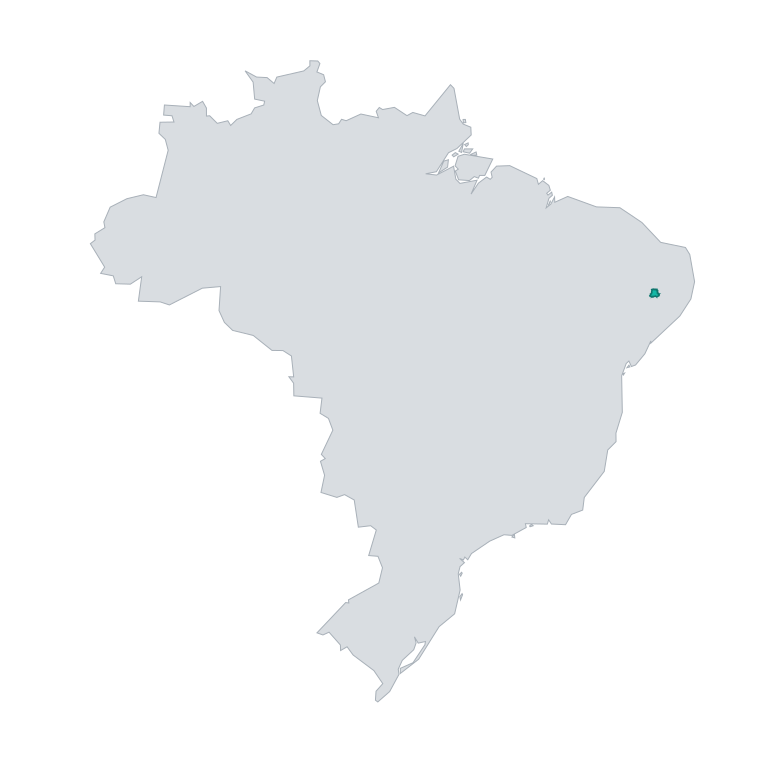 Sertânia, Pernambuco, Brazil shown in context, rotated 4°
{"feature_id": "56859067B10888923782063", "entity_name": "Sertânia", "entity_type": "district", "adm_level": 2, "iso_a3": "BRA", "parent_name": "Brazil", "parent_adm1": "Pernambuco", "projection": "mercator", "projection_center": [-37.338, -8.2], "detail": "fine", "context": "in_parent", "style": "filled", "palette": "teal", "viewbox_px": 768, "rotation_deg": 4, "n_neighbors": 0, "source": "geoboundaries", "source_scale": "gbopen_adm2", "svg_char_len": 5766}
<svg xmlns="http://www.w3.org/2000/svg" viewBox="0 0 768 768"><g transform="rotate(4 384 384)"><path d="M191.4,128.6L199.5,135.6L209.8,132.3L213.0,136.8L218.8,130.3L232.6,123.8L235.7,117.6L244.6,114.1L245.2,110.2L235.1,108.8L232.4,92.0L223.6,81.3L235.5,86.7L246.0,86.5L253.4,91.9L255.7,85.3L282.1,77.3L287.9,71.8L287.5,66.7L295.4,66.4L297.7,68.8L295.3,77.4L302.2,79.7L304.5,86.6L299.8,92.0L297.7,105.9L302.7,120.5L315.1,128.9L320.6,127.6L323.2,122.9L327.9,124.0L342.1,116.3L359.9,118.8L357.2,112.5L360.0,108.5L363.5,110.3L375.1,107.3L388.2,114.7L393.8,111.1L406.2,113.7L429.4,80.8L433.2,84.2L441.0,114.5L444.9,119.2L452.7,121.8L453.6,129.5L440.3,144.0L432.2,148.8L421.4,168.6L410.9,171.4L421.9,171.9L438.2,161.9L441.4,174.7L445.8,178.6L462.6,174.2L457.6,188.5L464.2,177.0L471.9,170.4L475.7,172.4L477.5,170.3L476.0,165.1L481.1,158.8L494.2,157.4L522.1,168.4L524.1,174.0L528.1,170.1L534.6,174.4L536.4,179.1L533.0,182.4L534.4,184.1L537.9,180.9L538.8,184.0L535.6,187.2L533.5,197.0L537.9,192.9L541.1,185.6L541.7,190.8L554.2,184.1L583.6,192.5L607.0,191.7L630.0,204.9L650.1,223.4L675.2,226.8L680.0,233.5L686.7,260.3L684.2,277.8L674.4,295.5L647.3,324.7L647.2,322.4L642.1,335.7L633.6,347.5L629.6,349.3L626.7,344.0L624.2,346.6L620.5,359.3L623.7,395.6L618.8,416.8L619.5,425.3L611.8,434.2L609.8,455.8L591.7,483.2L591.0,495.9L580.1,501.0L574.9,511.7L560.8,512.0L557.7,508.0L556.7,512.4L534.8,513.5L535.9,517.2L522.1,526.1L514.2,526.0L500.4,533.4L483.1,547.0L479.8,553.5L476.7,551.0L475.5,554.0L471.6,552.7L476.7,556.6L472.6,560.8L471.3,568.1L474.3,584.2L470.5,608.3L455.9,622.2L437.8,656.1L420.5,671.6L420.1,666.5L432.4,660.0L443.0,641.3L443.3,638.0L436.2,640.1L432.0,634.1L434.1,640.0L432.2,647.0L421.5,658.4L418.1,667.5L419.2,672.6L411.1,690.4L400.0,701.6L397.5,700.0L397.5,691.0L403.7,683.0L393.9,670.6L372.1,656.5L365.5,648.7L359.3,652.9L358.7,647.4L346.5,635.4L340.6,638.6L334.5,636.9L361.0,604.7L364.2,604.9L363.6,601.8L392.7,582.9L395.3,567.4L390.0,556.3L380.7,556.2L386.5,530.2L380.6,526.3L368.4,528.6L362.4,501.8L352.4,497.1L344.9,500.4L328.7,496.6L331.1,479.2L326.0,465.5L330.6,462.5L326.4,458.6L336.2,433.6L331.0,422.2L322.3,417.7L323.1,402.4L294.9,402.1L293.8,389.5L288.6,383.4L293.4,383.2L289.7,362.5L280.9,357.7L269.9,358.3L250.2,344.7L229.3,341.1L220.5,333.7L214.3,322.3L214.2,298.2L196.0,301.1L164.4,320.1L155.0,317.7L133.2,318.5L134.8,293.9L124.0,302.1L109.4,302.7L106.4,295.0L93.6,293.4L97.2,286.9L81.3,264.5L85.7,260.6L85.1,254.4L94.7,247.5L93.2,241.8L98.5,226.7L114.6,217.1L130.8,212.0L143.6,213.9L152.4,165.9L148.8,155.3L142.0,149.6L142.3,138.5L156.2,137.3L153.8,131.2L145.4,131.1L145.5,121.0L171.3,120.9L171.0,116.7L175.0,120.4L183.3,114.7L187.6,121.1L188.2,129.1L191.4,128.6ZM448.2,149.2L476.8,152.0L470.0,168.9L464.8,169.3L463.8,172.1L459.6,170.8L455.0,175.1L444.2,175.1L440.3,166.6L443.1,164.5L439.7,161.4L442.0,151.7L448.2,149.2ZM423.7,169.6L428.1,157.5L432.6,155.8L432.3,163.2L423.7,169.6ZM456.1,143.3L453.3,147.8L446.8,146.8L447.8,143.9L456.1,143.3ZM446.3,138.3L445.2,147.6L442.4,146.6L446.3,138.3ZM460.6,149.2L456.5,149.7L454.6,148.9L459.7,146.1L460.6,149.2ZM441.9,149.5L437.7,152.5L436.0,150.9L439.0,148.2L441.9,149.5ZM449.6,141.4L447.7,139.5L451.1,137.6L451.4,139.4L449.6,141.4ZM447.4,117.5L445.0,117.9L444.4,114.6L446.7,114.4L447.4,117.5ZM475.4,594.1L474.5,590.8L476.5,587.7L477.1,588.6L475.4,594.1ZM524.6,524.8L525.2,528.4L522.3,527.7L524.6,524.8ZM473.9,570.4L472.6,568.5L474.6,566.4L475.2,567.3L473.9,570.4ZM537.2,190.9L535.4,194.4L537.2,189.4L537.2,190.9ZM628.1,349.8L625.2,350.8L627.0,348.1L628.1,349.8ZM542.7,515.0L539.7,516.2L539.1,515.5L540.9,513.8L542.7,515.0ZM623.3,356.3L622.2,358.3L621.6,357.0L623.3,356.3ZM529.6,167.0L529.7,168.9L528.9,168.6L529.6,167.0Z" fill="#d9dde1" stroke="#a8b0b8" stroke-width="1"/><path d="M647.4,270.6L647.2,270.7L646.9,270.7L646.6,270.7L646.4,270.6L646.2,270.5L645.9,270.6L645.7,270.6L645.5,270.9L645.3,271.0L645.1,270.9L644.6,271.0L644.4,271.1L644.5,271.4L644.7,271.8L644.9,272.3L644.8,272.5L644.7,272.7L644.6,272.8L644.6,273.0L644.6,273.3L644.6,273.5L644.7,273.8L644.8,273.9L644.8,274.0L644.8,274.3L644.7,274.5L644.4,274.7L644.4,274.8L644.5,274.8L644.5,275.0L644.4,275.0L644.3,275.3L644.2,275.3L644.2,275.5L643.9,275.6L644.0,275.7L643.9,275.8L643.8,276.0L643.7,276.2L643.6,276.3L643.5,276.5L643.5,276.8L643.4,276.9L643.4,277.0L643.2,277.1L643.3,277.2L643.2,277.3L643.2,277.5L643.2,277.8L643.3,277.9L643.5,277.8L643.8,277.7L643.9,277.8L644.0,277.8L644.3,277.9L644.3,278.0L644.5,278.2L644.6,278.3L644.8,278.2L644.8,278.3L644.9,278.2L645.0,278.3L645.2,278.2L645.2,278.3L645.3,278.3L645.5,278.4L645.6,278.5L645.8,278.5L646.0,278.5L646.1,278.4L646.3,278.4L646.3,278.2L646.5,278.2L646.8,277.9L647.1,277.9L647.2,277.7L647.4,277.7L647.5,277.7L647.8,277.7L648.0,277.6L648.3,277.5L648.4,277.4L648.5,277.5L648.8,277.6L649.0,277.5L649.3,277.7L649.5,277.7L649.6,277.8L649.8,277.9L649.9,278.0L649.9,277.9L650.0,277.9L650.3,277.7L650.5,277.7L650.8,277.6L651.0,277.5L651.1,277.4L651.3,277.2L651.5,277.1L651.7,276.9L651.8,276.9L652.0,276.9L652.1,276.7L652.2,276.4L652.3,276.1L652.4,275.9L652.3,275.7L652.2,275.5L651.9,275.5L651.6,275.6L651.5,275.2L651.8,275.0L651.7,275.0L651.5,274.9L651.4,275.0L651.2,275.0L651.1,274.9L651.0,274.7L650.9,274.6L650.8,274.4L651.0,274.2L650.8,274.1L650.7,274.1L650.3,274.1L650.3,273.9L650.4,273.7L650.4,273.4L650.6,273.3L650.6,273.2L650.5,272.9L650.5,272.7L650.4,272.5L650.4,272.4L650.3,272.2L650.5,271.9L650.5,271.6L650.4,271.5L650.3,271.4L650.2,271.3L650.0,271.2L649.9,271.3L649.9,271.2L649.8,270.9L649.7,270.7L649.4,270.7L649.4,270.8L649.4,271.0L649.2,271.0L649.2,270.9L649.1,271.0L649.0,270.9L648.9,270.9L648.7,270.9L648.5,271.0L648.4,270.9L648.2,270.8L647.9,270.9L647.7,271.0L647.3,271.0L647.4,270.9L647.4,270.7L647.4,270.6Z" fill="#14b8a6" stroke="#0f766e" stroke-width="1.5"/></g></svg>